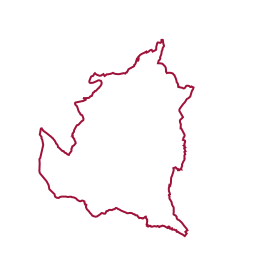 Ocnele Mari, Vâlcea, Romania (Mercator projection), rotated 285°
{"feature_id": "2599482B98582848146114", "entity_name": "Ocnele Mari", "entity_type": "district", "adm_level": 2, "iso_a3": "ROU", "parent_name": "Romania", "parent_adm1": "Vâlcea", "projection": "mercator", "projection_center": [24.271, 45.091], "detail": "fine", "context": "isolated", "style": "outline", "palette": "rose", "viewbox_px": 256, "rotation_deg": 285, "n_neighbors": 0, "source": "geoboundaries", "source_scale": "gbopen_adm2", "svg_char_len": 5774}
<svg xmlns="http://www.w3.org/2000/svg" viewBox="0 0 256 256"><g transform="rotate(285 128 128)"><path d="M79.5,183.2L81.4,182.9L82.7,183.7L82.9,183.5L83.0,182.8L83.4,182.7L83.8,182.7L83.8,183.4L84.0,183.7L86.3,183.6L90.4,182.7L91.8,182.6L93.2,182.9L98.5,183.1L100.2,182.7L100.9,182.2L102.3,184.0L102.1,184.7L101.3,185.4L101.4,186.7L101.1,186.9L101.1,187.2L100.2,187.3L100.5,188.4L101.3,188.8L101.4,189.1L101.7,189.2L101.8,190.3L102.3,190.0L102.9,189.8L105.5,190.1L106.6,189.6L109.8,190.1L111.7,190.7L113.0,190.7L113.5,190.2L114.2,190.2L116.0,189.6L116.8,189.7L117.3,190.1L119.5,188.7L120.4,189.6L122.8,187.6L123.5,188.1L123.5,187.9L124.1,187.9L124.2,187.5L125.0,187.5L125.1,187.1L125.3,187.1L125.5,186.4L126.0,186.8L126.4,186.9L127.7,186.5L128.5,186.8L129.7,186.7L130.5,186.3L130.7,184.2L131.4,184.4L132.2,184.1L133.4,184.2L134.3,184.7L135.5,184.6L136.1,184.4L140.8,180.1L141.3,179.6L141.2,178.9L145.2,178.1L147.0,176.8L148.2,176.3L148.8,176.2L149.8,176.6L151.3,177.6L152.7,178.3L157.8,173.2L158.8,172.9L160.3,173.1L165.4,175.1L167.7,176.3L171.2,177.3L172.5,178.7L174.5,180.0L179.5,180.1L180.9,180.3L182.3,180.8L184.1,180.8L184.5,178.5L183.9,178.2L183.7,177.5L184.3,176.5L184.4,175.3L184.2,174.5L184.0,173.8L183.6,173.3L181.5,172.6L180.7,171.8L180.6,171.2L180.9,169.8L180.6,166.0L181.3,165.7L181.6,165.9L182.3,165.2L183.2,164.9L184.0,164.4L184.9,163.1L186.1,162.7L188.3,161.3L191.2,159.0L191.5,158.0L192.2,157.3L192.3,156.7L192.3,154.8L191.9,153.1L191.5,151.9L191.1,151.3L192.4,150.0L193.4,149.9L195.9,148.9L197.2,147.7L199.0,144.5L198.8,142.4L198.3,140.2L201.1,140.2L202.2,141.0L203.4,141.2L203.6,141.2L204.5,140.7L208.0,141.1L210.9,140.7L212.3,141.0L214.1,140.8L216.6,141.6L218.8,140.2L222.0,138.9L222.1,138.4L222.0,137.9L221.7,137.5L220.6,137.8L219.4,137.8L218.8,137.5L218.6,137.2L218.4,134.7L217.7,134.3L213.7,134.3L210.9,134.9L209.6,133.7L208.2,132.0L209.6,130.6L209.1,129.7L208.4,128.9L207.1,128.1L205.7,126.5L206.2,126.3L206.6,125.9L204.8,124.2L204.1,123.2L202.0,121.0L199.3,119.5L199.0,119.7L198.8,120.0L197.7,120.4L196.4,120.5L195.5,120.1L195.6,119.7L195.8,119.5L197.5,118.8L197.4,118.7L192.2,118.6L191.0,118.2L190.6,117.7L189.3,117.9L185.0,113.4L183.9,113.0L182.6,112.9L181.9,112.4L181.4,112.5L180.8,111.6L179.9,111.3L179.9,109.7L177.6,105.3L177.0,102.1L177.1,99.8L177.4,99.3L175.9,97.3L174.8,95.1L174.3,93.5L172.8,92.5L172.2,91.9L173.7,90.3L171.6,88.3L171.1,86.9L171.3,84.3L171.8,82.8L172.4,81.9L171.4,81.3L169.4,80.9L168.6,79.6L167.9,79.0L163.6,78.5L162.4,78.8L161.9,79.2L161.8,80.0L162.6,82.4L164.1,84.4L166.0,86.6L166.4,87.2L166.6,88.0L166.5,89.6L166.1,90.0L165.2,90.7L164.2,91.0L163.1,91.0L161.2,90.5L160.2,89.8L159.4,89.7L158.6,89.0L155.6,87.4L155.0,86.3L153.8,86.0L153.1,85.1L149.7,84.8L148.9,83.5L147.4,82.8L146.8,82.0L145.6,78.5L145.5,76.9L145.1,77.9L144.7,79.8L144.2,79.8L142.6,77.8L139.0,70.7L138.4,70.4L137.0,71.0L135.7,73.2L131.3,76.1L129.6,78.1L128.9,78.5L128.6,79.4L128.7,79.9L128.1,80.8L125.5,82.6L124.1,82.8L123.8,82.7L122.4,81.4L118.3,79.3L117.7,78.2L116.8,77.7L112.0,76.5L110.4,76.8L109.5,76.3L108.6,76.2L108.2,75.9L107.9,76.1L107.1,76.0L106.7,76.3L106.1,76.1L106.2,76.6L106.0,76.8L104.8,76.9L103.7,78.8L102.9,79.1L100.8,81.0L100.3,81.0L99.7,81.4L97.4,80.4L95.7,78.9L94.8,79.1L93.1,78.7L92.2,79.1L91.1,79.3L87.6,77.9L86.8,77.9L86.7,77.6L86.8,76.4L87.8,74.4L87.8,73.3L88.2,72.6L88.9,72.0L89.0,71.5L88.8,70.9L88.8,70.5L91.2,66.2L91.4,65.4L93.0,64.6L94.0,63.5L94.3,62.6L95.2,62.0L96.9,60.4L97.9,58.9L98.6,58.2L98.8,57.5L99.9,55.6L100.2,54.6L101.6,51.6L103.5,46.7L104.2,46.1L104.6,45.3L105.3,44.8L105.2,44.3L104.8,44.0L104.1,44.2L103.2,44.0L102.8,44.2L98.8,44.5L97.0,46.8L95.6,47.1L94.3,48.3L89.7,50.5L76.5,51.0L74.9,50.5L70.8,51.9L63.6,53.5L61.9,54.3L60.8,55.6L55.5,63.1L52.3,66.1L48.5,67.9L45.1,74.1L42.9,75.3L42.2,77.0L42.5,79.2L43.7,80.1L44.6,81.7L45.6,85.4L45.8,87.9L46.4,89.2L46.9,90.8L46.6,91.9L46.9,92.9L46.9,93.8L46.7,95.3L46.4,96.2L45.4,97.7L44.8,100.1L45.0,101.2L45.9,102.2L46.1,102.8L46.0,104.1L45.8,104.9L45.1,105.3L44.4,105.3L43.9,105.9L43.0,106.3L43.1,107.6L42.1,107.8L41.1,107.7L40.6,107.9L38.9,109.3L37.5,111.7L36.0,113.5L35.1,115.1L34.2,116.0L34.1,116.4L33.9,117.8L33.9,119.6L34.5,120.9L37.2,123.3L39.0,124.5L39.0,124.9L39.2,125.6L39.0,126.6L39.3,128.0L40.5,128.5L41.6,128.5L42.1,128.7L42.6,129.9L43.6,130.5L44.1,131.3L44.4,132.4L44.5,133.7L45.6,134.8L45.7,135.3L46.1,135.8L46.6,136.4L47.6,136.9L47.7,137.5L47.5,138.6L47.1,139.5L47.1,140.4L46.4,142.9L45.7,148.3L45.5,149.0L45.6,149.9L46.5,151.9L46.8,153.6L46.4,154.9L46.2,156.0L46.4,156.7L45.7,157.7L45.7,158.3L46.0,159.4L45.6,160.0L44.8,160.7L44.6,161.4L43.9,162.1L44.2,162.7L44.5,163.9L44.5,164.8L44.3,165.2L44.8,165.7L44.7,166.2L46.8,167.7L47.0,168.2L45.7,168.7L44.5,170.2L44.1,170.4L43.3,170.4L42.7,170.8L41.7,170.8L41.0,171.0L39.6,170.9L39.5,171.0L39.6,171.5L39.5,171.8L38.9,171.4L38.4,171.5L38.3,172.4L38.0,172.9L39.3,174.5L39.3,175.1L38.9,175.3L38.7,175.7L38.9,176.8L40.1,179.0L40.2,181.1L40.9,181.8L41.0,182.2L41.0,182.6L40.6,183.1L40.5,184.0L41.4,184.5L41.6,185.4L42.2,185.9L42.7,186.8L42.5,187.2L42.7,188.6L42.3,189.5L41.9,191.4L41.6,192.0L41.7,192.6L42.1,192.9L42.6,192.5L43.1,192.4L43.3,192.6L43.4,193.1L43.2,193.7L41.6,194.7L41.7,195.4L42.5,196.4L42.2,196.6L41.3,196.9L41.3,197.3L41.5,197.6L41.7,198.4L41.9,198.8L41.4,200.6L41.4,200.8L41.8,201.1L41.7,201.3L41.4,201.6L40.4,201.9L40.3,202.2L40.6,203.5L39.9,204.9L39.2,208.5L38.3,210.8L41.3,212.0L42.5,210.3L43.2,210.7L44.6,211.9L46.0,210.5L48.1,207.5L50.5,204.5L52.1,201.5L52.4,200.4L52.5,199.4L53.8,198.2L54.6,198.1L54.9,197.8L55.9,196.5L56.1,194.9L56.3,194.5L57.1,194.1L59.0,193.9L60.2,193.4L61.1,193.3L63.2,192.6L64.5,191.1L66.0,190.0L67.4,189.5L69.6,187.4L70.0,186.8L71.2,186.0L72.6,185.9L73.7,184.8L74.0,184.9L74.8,185.7L76.1,185.0L77.6,183.9L79.5,183.2Z" fill="none" stroke="#9f1239" stroke-width="2"/></g></svg>